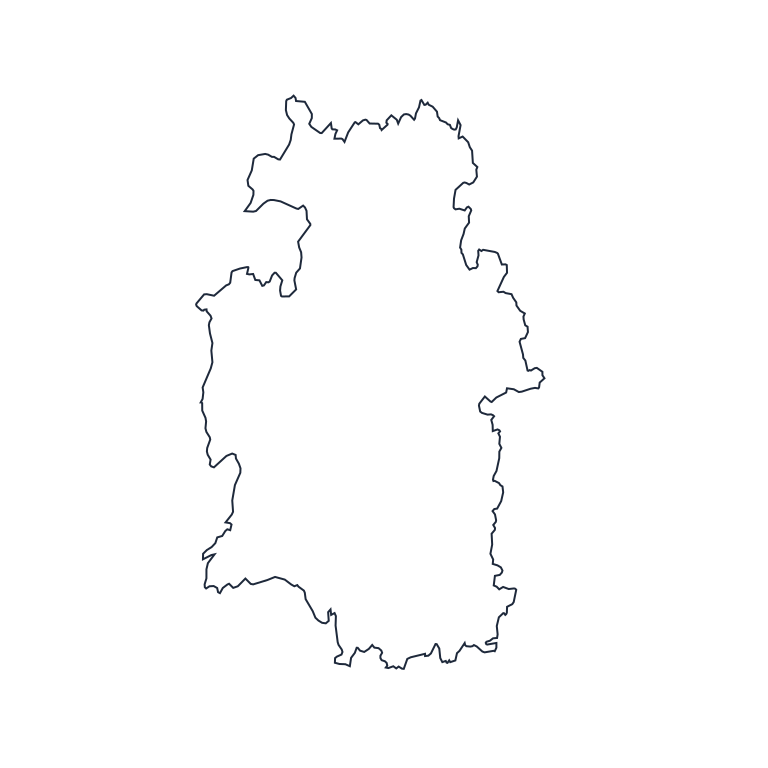 the border of Nordrhein-Westfalen, rotated 295°
{"feature_id": "DEU-1572", "entity_name": "Nordrhein-Westfalen", "entity_type": "State", "adm_level": 1, "iso_a3": "DEU", "parent_name": "Germany", "parent_adm1": "", "projection": "natural_earth1", "projection_center": [7.941, 51.424], "detail": "fine", "context": "isolated", "style": "outline", "palette": "slate", "viewbox_px": 768, "rotation_deg": 295, "n_neighbors": 0, "source": "natural_earth", "source_scale": "10m", "svg_char_len": 6166}
<svg xmlns="http://www.w3.org/2000/svg" viewBox="0 0 768 768"><g transform="rotate(295 384 384)"><path d="M251.3,250.8L260.2,250.0L262.1,248.6L265.5,243.3L268.4,240.9L274.9,238.6L277.9,236.5L283.1,230.5L289.8,227.3L290.2,226.3L289.9,225.7L293.8,225.9L300.1,223.8L304.2,221.1L324.9,220.4L331.2,219.3L341.3,213.4L348.6,211.2L356.3,204.9L363.3,200.4L366.2,199.7L370.5,200.0L372.6,197.9L374.9,192.6L376.6,191.6L375.4,189.7L374.2,189.3L373.6,187.6L375.4,181.4L376.5,180.2L377.7,180.0L389.2,183.1L390.5,185.4L392.2,192.7L406.7,199.3L408.8,201.3L410.8,201.8L420.7,198.7L422.3,199.0L427.8,204.7L432.1,210.5L432.5,211.6L432.0,212.0L425.9,213.3L426.4,215.6L428.4,218.9L423.9,223.4L425.3,227.3L421.5,232.2L422.6,233.5L426.6,234.2L427.3,236.3L428.6,237.1L435.1,236.7L438.6,237.8L439.1,239.0L435.0,248.0L428.6,248.9L424.8,250.3L420.4,253.4L420.2,254.5L423.3,261.0L432.6,264.4L440.0,259.0L442.3,258.2L447.8,257.4L453.2,259.0L463.8,255.8L468.4,253.2L471.9,249.4L476.7,246.0L496.9,250.1L498.0,249.5L500.7,244.6L508.2,240.6L510.6,237.8L511.5,235.3L506.4,232.3L506.0,230.4L505.8,213.1L504.2,206.5L502.9,203.5L500.9,201.0L496.5,198.5L486.7,194.9L484.9,192.6L481.8,184.7L491.7,186.6L500.2,185.7L503.9,184.1L504.8,182.7L506.3,177.3L511.2,174.1L521.7,173.9L533.2,170.7L538.2,173.2L542.3,179.1L542.9,182.1L542.5,186.4L543.4,188.4L542.9,193.2L543.5,194.9L560.9,196.8L565.8,196.3L571.1,194.6L581.2,192.8L582.4,191.4L584.6,186.0L586.8,182.5L590.8,179.3L599.1,175.8L600.6,175.8L603.9,178.9L607.1,180.2L605.9,182.9L603.3,184.7L606.3,193.0L598.2,204.5L594.5,206.2L588.2,206.3L586.3,209.5L584.5,220.1L585.1,221.5L598.1,225.6L593.5,228.6L593.0,229.6L594.1,232.3L594.1,234.3L590.1,234.3L585.4,235.4L588.4,241.7L588.4,242.9L586.7,245.9L596.9,245.2L608.8,246.9L609.3,247.5L608.5,251.0L614.0,253.5L615.7,255.4L615.9,256.6L614.0,260.9L617.4,268.6L617.0,270.1L614.2,272.3L614.0,273.8L613.2,274.5L620.5,277.6L621.2,277.4L621.8,275.7L624.1,275.0L630.6,277.1L628.9,283.9L626.0,286.8L633.1,286.7L636.7,288.1L638.0,290.0L638.6,292.4L638.3,294.6L636.2,299.6L637.7,299.9L642.8,298.6L649.5,298.8L656.3,297.3L657.2,297.9L654.0,302.6L654.7,303.7L657.4,304.7L656.0,306.5L655.9,310.9L653.2,316.9L649.1,319.6L648.3,321.6L646.8,323.3L647.2,329.7L646.3,331.9L646.7,334.2L644.4,336.6L644.1,338.3L644.2,340.1L645.0,341.4L647.3,341.5L654.3,339.7L651.0,344.0L640.1,346.8L638.2,347.9L641.5,350.7L638.7,358.1L634.9,361.7L632.7,365.2L621.9,371.1L620.1,376.9L617.2,377.1L611.2,380.6L604.4,379.7L600.8,376.9L601.0,373.7L600.7,371.9L599.8,370.8L590.2,366.8L581.6,369.1L573.7,372.3L572.9,373.2L572.5,375.0L574.7,378.2L575.4,383.8L579.1,384.5L580.4,385.6L579.3,388.7L578.2,389.7L571.9,389.9L566.2,392.9L559.1,391.5L553.6,392.7L546.8,393.2L539.8,395.3L538.5,397.3L535.6,398.8L534.8,400.7L526.6,408.2L523.8,413.2L526.7,415.6L527.8,418.3L530.1,419.0L531.7,418.6L533.6,416.5L540.5,415.3L544.5,413.1L546.1,413.4L545.7,416.1L547.5,417.1L550.5,428.6L550.6,431.1L550.3,432.1L542.1,440.3L543.8,443.6L543.7,445.0L536.8,448.5L531.7,447.4L516.2,447.5L515.6,449.1L518.1,453.3L517.8,455.8L519.3,461.6L516.7,464.6L513.9,469.4L511.1,470.9L507.9,476.5L507.4,481.8L504.0,481.9L501.5,483.3L496.9,487.2L496.6,489.9L491.9,492.5L485.2,492.5L482.7,489.0L479.6,489.0L469.5,497.5L466.5,499.2L465.0,502.2L456.9,508.4L456.9,509.2L458.2,510.2L458.3,511.5L462.0,513.9L463.2,515.7L462.0,522.4L458.9,523.9L457.0,527.0L451.1,524.5L446.4,526.0L445.2,525.7L444.3,522.5L441.7,518.9L435.3,512.1L433.7,509.6L434.1,503.9L432.1,497.3L427.9,498.3L419.2,491.5L413.2,489.2L413.1,487.9L415.3,480.7L406.4,478.7L404.5,479.2L399.7,482.8L399.2,485.0L400.0,490.8L401.7,493.8L401.8,495.9L401.3,497.4L396.8,496.4L392.9,499.7L387.3,502.5L390.8,506.1L390.8,508.1L390.1,509.2L387.6,508.5L385.2,511.4L378.5,513.8L375.7,517.4L371.5,517.1L365.5,519.8L352.7,522.7L347.0,522.3L343.3,523.2L342.3,524.2L343.0,525.1L342.8,530.1L341.5,532.2L341.2,534.7L336.2,537.8L327.4,539.7L318.9,539.2L317.3,536.8L314.7,536.1L312.7,539.7L307.9,543.2L306.3,543.6L302.4,542.6L300.4,545.5L298.6,546.1L293.8,544.8L284.2,549.9L275.1,552.2L271.1,557.1L266.9,558.6L267.6,563.5L267.2,567.4L265.0,570.2L262.9,570.5L259.9,569.6L257.0,565.6L247.8,568.6L247.9,571.8L246.6,575.2L250.4,577.7L250.9,583.7L253.7,588.3L253.9,589.5L253.4,590.8L241.2,593.7L238.7,593.3L234.1,589.7L228.6,592.0L227.1,592.0L226.0,591.5L227.0,589.6L226.7,588.9L221.1,586.7L212.3,588.5L205.1,592.8L201.6,593.8L199.6,590.3L196.1,588.5L193.7,585.8L192.4,585.6L191.4,586.7L191.5,587.7L196.8,595.3L192.5,597.3L188.6,597.3L188.5,596.1L183.3,588.6L183.1,586.2L185.3,579.0L185.4,575.8L183.8,575.0L182.5,573.2L181.2,569.5L181.6,567.9L183.3,566.6L174.0,565.2L170.9,563.9L163.6,565.5L159.9,561.6L161.1,559.9L158.1,559.4L157.9,558.5L159.1,557.0L156.6,554.4L159.4,550.8L167.6,545.9L170.5,541.7L170.1,540.6L159.6,540.4L156.5,539.0L154.8,536.2L156.8,535.2L147.6,523.7L144.7,521.3L134.2,522.3L133.6,520.6L134.1,516.7L131.4,515.3L132.1,511.7L128.4,508.0L127.8,505.5L130.1,506.0L132.3,504.3L133.1,502.0L132.7,498.6L134.1,496.6L136.2,495.6L139.6,495.9L141.3,494.2L142.3,490.7L141.0,486.7L142.5,483.6L137.5,482.2L132.8,479.3L132.2,475.0L133.8,471.7L133.4,470.7L128.0,471.2L121.9,469.9L113.8,472.3L113.7,467.4L111.4,461.9L110.6,457.3L114.9,455.5L117.0,456.5L120.8,459.8L123.6,459.6L125.5,457.9L128.4,453.0L130.5,451.1L144.6,442.2L153.3,438.5L155.5,436.0L152.4,433.7L157.1,430.8L153.6,429.8L146.0,434.0L142.5,432.4L141.4,428.8L141.9,424.5L143.2,420.6L148.0,415.4L155.9,403.9L161.4,400.4L162.9,398.7L164.2,392.1L165.1,390.4L162.8,388.2L163.1,384.6L164.8,376.7L163.1,366.8L157.1,361.2L147.1,350.1L146.5,347.7L149.1,340.6L138.9,337.0L135.5,333.5L137.5,328.0L136.1,326.8L131.0,324.1L125.1,323.7L125.2,321.6L128.6,319.0L128.9,315.0L126.9,311.3L123.5,309.2L124.1,307.5L126.6,306.1L132.8,305.2L141.0,301.4L147.2,300.1L158.0,302.4L156.0,299.8L148.6,294.0L153.7,291.8L158.6,293.6L163.4,296.7L168.5,298.4L174.5,297.7L177.9,301.6L183.7,302.3L186.1,303.4L186.5,306.4L192.2,305.2L192.8,303.2L191.6,298.9L201.3,301.2L204.4,301.2L214.3,295.7L229.4,291.6L242.8,291.3L246.9,289.6L250.4,286.2L253.9,281.3L257.0,279.5L256.8,275.8L252.2,271.6L236.6,265.1L236.3,262.2L237.4,260.1L242.2,258.8L245.4,254.1L248.0,252.0L251.3,250.8Z" fill="none" stroke="#1e293b" stroke-width="2"/></g></svg>